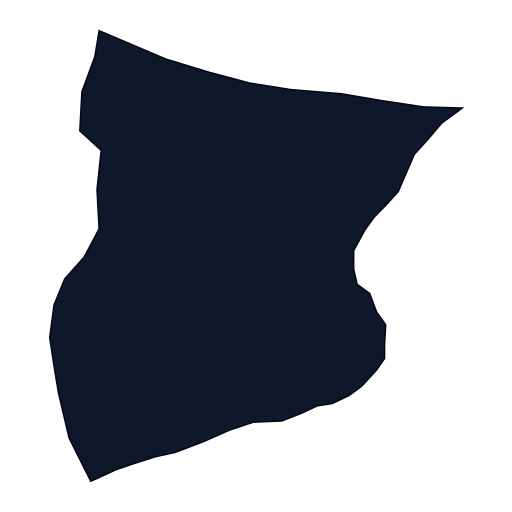 the district of Koutsoventis, Cyprus
{"feature_id": "46923920B77233656237897", "entity_name": "Koutsoventis", "entity_type": "district", "adm_level": 2, "iso_a3": "CYP", "parent_name": "Cyprus", "parent_adm1": "", "projection": "natural_earth1", "projection_center": [33.428, 35.265], "detail": "fine", "context": "isolated", "style": "filled", "palette": "ink", "viewbox_px": 512, "rotation_deg": 0, "n_neighbors": 0, "source": "geoboundaries", "source_scale": "gbopen_adm2", "svg_char_len": 758}
<svg xmlns="http://www.w3.org/2000/svg" viewBox="0 0 512 512"><path d="M253.1,422.2L281.7,421.0L302.3,412.9L317.1,405.9L332.0,403.6L349.1,395.5L361.7,386.2L376.6,370.0L384.6,358.4L384.6,344.5L385.7,324.8L376.6,312.0L369.7,293.5L357.1,284.2L353.7,269.1L353.7,250.6L365.1,229.7L374.3,217.0L385.7,205.4L398.3,191.5L406.3,172.9L414.3,154.4L428.0,139.3L441.7,123.1L462.3,108.0L423.3,106.9L380.3,100.4L341.7,93.8L290.2,89.5L249.4,83.0L208.6,72.1L165.7,59.0L99.1,30.7L94.8,56.8L81.9,91.7L79.8,130.8L101.2,150.4L97.0,189.6L99.1,228.8L84.1,257.1L64.7,278.9L54.0,305.0L49.7,337.6L54.0,366.0L58.3,392.1L69.0,437.8L90.8,481.3L116.0,469.7L129.7,465.0L154.8,456.9L175.4,452.3L202.8,441.9L229.1,430.3L253.1,422.2Z" fill="#0f172a" stroke="#020617" stroke-width="1.5"/></svg>